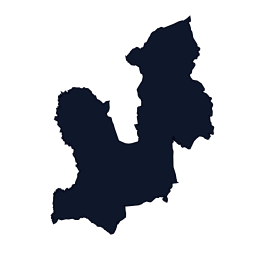 Hon Quan, Bình Phước, Vietnam (Equal Earth projection), rotated 353°
{"feature_id": "81297802B26799209243085", "entity_name": "Hon Quan", "entity_type": "district", "adm_level": 2, "iso_a3": "VNM", "parent_name": "Vietnam", "parent_adm1": "Bình Phước", "projection": "equal_earth", "projection_center": [106.554, 11.627], "detail": "fine", "context": "isolated", "style": "filled", "palette": "ink", "viewbox_px": 256, "rotation_deg": 353, "n_neighbors": 0, "source": "geoboundaries", "source_scale": "gbopen_adm2", "svg_char_len": 5780}
<svg xmlns="http://www.w3.org/2000/svg" viewBox="0 0 256 256"><g transform="rotate(353 128 128)"><path d="M78.0,81.6L76.8,83.1L74.9,83.3L74.6,83.7L73.3,84.0L73.8,85.8L72.3,86.0L70.9,85.0L70.4,84.1L70.1,84.3L70.2,85.8L69.2,85.4L67.5,85.6L66.6,84.8L66.8,86.3L66.2,88.0L65.7,87.8L65.1,86.8L64.7,87.3L64.6,88.8L64.2,88.7L63.8,87.9L63.2,88.0L62.9,89.1L63.3,91.7L62.4,91.7L62.3,92.0L62.4,92.6L63.1,93.4L63.2,94.0L62.2,95.6L62.1,96.1L63.0,98.3L62.8,98.6L61.5,98.6L62.0,99.6L61.8,100.3L60.8,99.7L59.8,100.0L60.0,101.9L59.0,104.7L59.4,105.4L60.3,105.7L60.0,106.7L60.6,107.5L60.3,108.1L59.8,108.4L57.3,108.2L56.9,109.8L56.4,110.3L57.1,111.0L59.2,112.3L59.6,113.2L59.6,113.8L58.9,116.0L60.4,118.2L61.8,119.7L61.5,121.2L60.5,123.4L62.4,123.9L62.6,124.7L62.1,126.4L62.7,127.9L61.3,129.8L61.7,130.6L62.6,130.5L62.8,132.5L63.7,132.8L63.9,133.2L64.3,135.1L64.0,136.1L65.7,136.2L66.9,136.9L67.7,136.3L67.8,136.6L67.2,137.8L67.3,138.3L67.7,138.5L68.7,138.2L70.0,138.8L70.2,141.0L72.4,142.7L71.1,146.7L70.5,146.9L70.6,148.2L72.2,151.2L72.5,155.2L73.7,156.0L73.7,157.2L74.3,158.3L73.7,159.1L72.9,158.5L72.2,158.6L72.0,159.4L73.1,160.6L74.3,163.7L75.0,164.3L75.2,165.1L72.7,167.7L72.4,170.6L69.7,175.4L69.2,177.3L68.7,177.7L66.7,177.9L66.1,178.2L65.8,178.7L66.0,180.2L64.7,180.1L63.5,181.8L63.0,181.2L62.1,182.2L61.3,181.9L60.6,180.9L60.2,180.7L59.4,181.2L57.2,183.4L56.9,183.5L56.4,183.4L56.0,181.9L54.2,181.8L53.7,180.4L52.8,180.4L52.0,179.8L51.5,179.9L51.0,180.3L50.4,181.8L49.9,181.6L49.8,180.8L49.4,181.0L49.1,181.7L49.3,182.8L49.1,183.1L47.5,182.9L47.5,184.7L46.8,184.0L46.4,184.2L46.5,186.8L46.0,187.4L45.6,190.7L44.6,193.9L45.1,196.2L44.4,197.6L44.7,199.0L44.5,200.0L44.9,201.0L44.4,202.0L44.8,203.4L43.4,203.6L41.4,205.4L41.5,206.0L42.4,206.8L42.3,207.1L41.4,207.5L41.4,208.6L43.1,208.9L42.8,209.5L41.8,210.5L42.6,213.6L44.7,212.9L46.1,211.4L47.1,209.6L47.8,209.3L50.9,210.8L54.7,210.3L56.6,210.4L57.6,210.8L62.1,210.6L64.5,212.1L67.4,212.5L68.2,212.2L68.4,211.7L70.4,210.4L70.8,210.4L71.3,211.1L72.4,211.0L73.6,210.2L73.8,210.9L75.4,211.4L76.2,212.3L77.5,212.5L79.0,214.8L79.7,215.3L80.6,217.0L82.4,217.7L85.2,220.1L85.7,221.4L87.3,221.9L89.1,221.9L89.6,222.7L90.8,222.9L91.2,223.9L91.9,224.3L92.5,225.5L93.4,226.0L95.7,228.4L96.8,229.2L98.0,230.9L100.1,230.7L101.0,230.1L103.0,227.1L104.3,224.3L104.7,222.8L105.5,221.9L105.8,220.1L106.1,220.0L106.7,221.2L108.6,218.9L111.0,218.0L114.5,215.9L115.0,212.3L114.8,209.5L115.1,204.7L117.2,205.0L129.3,205.3L132.5,204.5L133.8,203.5L137.5,202.5L141.0,203.8L142.0,203.6L147.3,199.9L149.7,200.5L151.0,199.4L152.5,200.1L155.5,200.3L155.6,201.0L155.4,201.5L154.2,202.7L154.1,203.3L154.7,203.8L155.2,204.7L156.6,204.9L156.8,205.8L157.5,206.0L158.1,204.4L158.2,202.9L157.6,201.1L157.8,199.9L160.1,197.2L161.7,196.0L161.8,195.6L161.7,193.3L163.7,192.5L164.4,191.4L164.7,188.3L165.1,188.0L170.1,188.0L169.4,187.3L169.3,186.8L169.5,185.5L169.2,184.1L169.1,180.0L167.7,172.2L168.8,161.2L169.5,157.3L169.6,156.0L169.1,154.7L169.1,153.5L169.4,149.0L169.7,148.0L170.9,147.2L171.3,143.5L172.2,142.6L172.6,143.9L172.7,145.8L174.7,147.7L175.3,149.0L176.1,149.3L176.6,150.2L177.1,150.3L177.9,149.8L178.4,150.0L179.2,152.8L179.7,153.5L181.8,153.1L183.6,154.1L185.4,155.8L186.9,155.9L191.5,148.7L194.9,145.9L195.5,145.7L197.3,144.4L199.4,144.6L201.5,145.4L202.4,146.0L203.2,147.2L205.7,148.7L206.8,148.5L206.8,147.5L208.3,146.5L207.8,144.4L208.0,143.5L209.6,143.5L211.5,144.4L211.9,143.6L211.7,141.2L212.9,137.9L212.7,137.2L210.7,135.8L210.8,133.1L210.0,131.6L210.0,130.6L210.1,126.4L210.6,126.0L212.0,126.1L212.7,125.7L213.4,121.9L212.8,118.4L213.8,117.1L214.5,115.8L214.6,115.2L214.3,113.8L213.3,112.8L212.6,111.5L212.9,110.3L214.2,109.2L214.1,108.5L213.5,108.0L212.2,107.8L211.3,106.0L209.8,103.9L207.2,102.3L206.2,101.4L206.0,100.8L206.2,100.4L208.0,99.8L208.3,98.5L205.9,93.2L202.2,90.0L198.6,89.0L197.4,88.3L195.7,85.3L195.2,83.3L195.6,81.9L197.4,80.9L198.3,77.7L199.9,76.3L201.9,73.7L201.9,72.7L201.6,72.1L199.8,70.8L199.7,70.0L202.1,67.2L204.5,67.3L205.3,65.4L207.4,64.1L207.4,62.9L206.2,60.8L206.5,60.3L208.0,59.4L208.7,58.3L208.5,57.4L206.4,55.9L206.2,55.2L206.3,53.4L203.4,47.2L203.0,45.8L203.0,43.0L202.8,40.5L201.7,38.1L201.9,36.3L201.3,33.0L200.7,31.6L200.7,30.6L201.2,29.9L202.7,29.5L202.9,28.5L202.8,25.1L199.6,27.3L196.4,28.8L195.6,28.9L194.9,28.5L191.2,29.1L186.0,30.9L175.6,33.6L173.7,32.5L172.7,32.5L170.8,33.3L169.7,33.3L166.9,35.5L164.3,36.2L162.8,37.5L161.6,39.7L160.1,41.3L157.8,44.9L156.7,45.9L155.4,46.0L154.9,46.6L154.0,49.2L152.9,50.4L151.6,50.4L150.2,51.5L149.2,51.5L148.2,50.2L146.7,49.3L145.9,49.4L145.0,50.2L142.6,50.6L139.8,53.0L139.1,54.3L138.4,54.5L138.0,55.2L136.5,56.2L135.9,57.1L135.1,57.5L134.9,57.3L135.1,60.4L136.2,61.5L136.4,62.4L136.8,62.4L139.2,65.4L142.1,66.2L143.4,65.8L146.2,68.2L147.2,68.7L147.1,70.9L147.5,74.3L147.6,74.8L149.4,76.3L149.6,78.3L149.6,79.2L147.8,84.2L147.3,84.2L142.1,90.9L142.1,92.0L142.5,93.9L142.4,96.8L142.7,97.9L143.4,99.3L145.0,101.3L144.9,102.5L145.3,102.6L145.3,102.9L144.7,105.8L144.6,107.8L142.7,108.6L141.1,108.6L140.2,109.3L139.8,112.9L139.2,114.3L139.3,115.0L139.8,115.3L139.8,117.4L138.9,117.8L138.8,118.6L139.0,125.8L135.3,126.0L136.6,130.2L138.0,131.6L137.2,133.2L137.0,135.3L137.1,136.3L138.2,138.4L138.2,138.8L137.6,140.1L137.5,141.7L136.6,143.2L129.8,144.3L126.5,144.3L123.3,143.5L117.6,140.2L116.8,139.4L114.1,126.7L113.6,123.0L112.6,120.0L112.2,116.0L108.7,114.2L108.2,112.0L108.1,110.6L110.1,109.0L110.8,107.9L111.3,106.5L111.6,105.3L111.8,100.3L112.3,99.3L109.5,99.4L107.5,101.0L105.6,101.1L105.3,100.9L105.0,99.7L102.6,97.3L100.2,95.9L99.4,92.3L98.1,92.1L97.2,90.6L96.1,89.7L95.6,87.3L93.8,85.6L93.7,85.0L93.3,84.6L92.0,84.0L90.8,84.2L89.3,82.8L87.8,83.7L87.0,83.7L86.0,83.6L84.3,82.4L82.6,82.4L79.5,81.6L78.0,81.6Z" fill="#0f172a" stroke="#020617" stroke-width="1.5"/></g></svg>